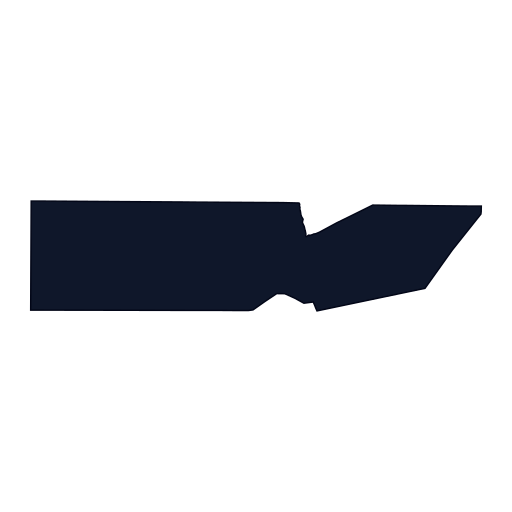 outline of Dongola, Northern, Sudan
{"feature_id": "16777658B3318260280309", "entity_name": "Dongola", "entity_type": "district", "adm_level": 2, "iso_a3": "SDN", "parent_name": "Sudan", "parent_adm1": "Northern", "projection": "robinson", "projection_center": [30.297, 19.219], "detail": "fine", "context": "isolated", "style": "filled", "palette": "ink", "viewbox_px": 512, "rotation_deg": 0, "n_neighbors": 0, "source": "geoboundaries", "source_scale": "gbopen_adm2", "svg_char_len": 1237}
<svg xmlns="http://www.w3.org/2000/svg" viewBox="0 0 512 512"><path d="M481.3,206.1L481.2,206.1L478.1,206.1L473.0,206.1L450.2,205.9L402.2,205.4L398.0,205.4L372.7,205.1L350.9,215.9L336.8,222.8L319.4,232.2L318.2,232.7L315.8,233.7L314.0,234.0L313.4,234.1L313.0,234.4L312.0,234.8L311.2,235.0L310.6,235.2L310.1,235.3L309.5,235.6L309.2,235.5L309.0,235.1L308.5,235.2L307.6,235.9L306.8,236.5L306.1,236.6L305.7,235.5L305.9,234.0L305.5,232.0L305.3,230.8L304.9,229.5L304.6,228.2L304.5,227.6L304.1,226.2L303.0,223.9L302.4,222.4L302.6,221.3L303.1,219.2L301.6,216.7L300.9,214.7L300.6,212.4L300.3,210.6L299.8,209.1L300.0,207.5L299.5,205.7L299.6,204.8L299.7,204.2L299.0,203.0L282.3,202.6L244.5,202.4L193.7,202.1L185.5,202.0L43.5,201.1L37.8,201.1L32.1,201.1L31.9,201.1L31.2,201.1L31.2,201.7L30.7,310.1L31.1,310.1L31.8,310.1L34.9,310.1L93.9,310.2L148.4,310.3L191.6,310.4L219.8,310.4L234.7,310.5L248.5,310.5L253.0,309.9L264.9,301.5L276.7,293.6L284.8,293.7L294.8,298.2L303.9,303.2L313.3,302.0L313.8,303.3L314.5,304.9L314.7,305.4L314.9,305.9L315.7,308.0L317.0,310.9L425.0,288.3L434.2,275.4L446.8,257.7L452.3,250.0L477.3,218.6L480.9,214.1L481.2,211.4L481.2,210.6L481.2,210.0L481.3,206.1L481.3,206.1Z" fill="#0f172a" stroke="#020617" stroke-width="1.5"/></svg>